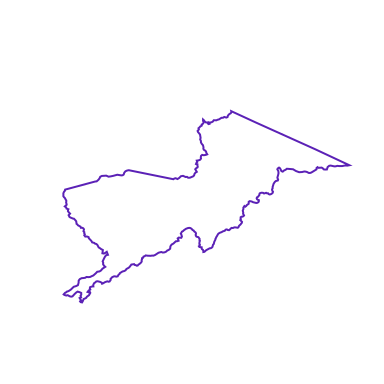 Curionópolis, Pará, Brazil, rotated 249°
{"feature_id": "56859067B21950547487547", "entity_name": "Curionópolis", "entity_type": "district", "adm_level": 2, "iso_a3": "BRA", "parent_name": "Brazil", "parent_adm1": "Pará", "projection": "natural_earth1", "projection_center": [-49.678, -6.25], "detail": "fine", "context": "isolated", "style": "outline", "palette": "violet", "viewbox_px": 384, "rotation_deg": 249, "n_neighbors": 0, "source": "geoboundaries", "source_scale": "gbopen_adm2", "svg_char_len": 6006}
<svg xmlns="http://www.w3.org/2000/svg" viewBox="0 0 384 384"><g transform="rotate(249 192 192)"><path d="M160.6,348.5L187.6,322.5L234.2,276.3L253.4,257.6L252.3,257.4L251.6,256.3L251.4,254.9L250.9,253.7L250.2,252.7L249.2,252.0L249.2,250.7L250.5,249.0L250.2,247.6L250.7,246.1L250.1,243.1L250.3,241.8L250.2,240.4L251.2,238.0L250.3,236.7L250.1,235.3L250.4,233.6L249.3,232.9L249.5,231.7L250.5,231.4L251.3,231.9L251.5,230.9L252.0,229.9L253.1,229.2L254.5,228.9L255.7,228.3L254.5,227.8L253.1,227.9L252.1,227.2L251.7,226.3L251.5,225.2L250.5,224.9L250.2,223.1L249.6,222.1L249.2,220.9L247.9,220.8L247.0,219.1L245.9,219.1L242.8,220.1L239.4,219.4L238.2,218.5L236.4,218.6L235.0,218.1L233.0,218.5L231.8,219.0L230.7,218.9L229.5,218.7L228.3,218.1L227.2,218.2L225.7,219.3L224.5,219.6L223.4,219.4L221.7,219.7L221.7,218.2L222.1,216.2L223.0,214.8L222.5,213.4L221.2,212.6L220.0,212.4L219.2,211.2L219.2,209.3L219.6,207.7L218.1,207.6L217.6,206.6L216.7,205.8L215.9,207.0L214.7,206.5L213.8,206.5L213.0,206.0L212.7,204.4L212.1,203.2L209.1,203.7L208.8,202.1L207.9,200.7L206.7,199.9L206.2,198.6L206.1,195.2L206.7,193.5L207.9,192.8L208.3,191.4L210.3,189.4L210.7,187.3L209.7,185.1L209.3,183.1L210.7,181.7L210.9,180.3L210.6,179.2L235.0,140.8L235.3,139.1L235.2,137.3L234.3,135.7L232.8,134.5L232.5,133.3L232.8,132.0L234.9,128.4L235.3,124.3L235.7,121.8L236.2,119.6L238.0,117.8L239.3,113.6L239.1,111.8L238.0,110.7L237.0,109.2L236.1,106.8L236.5,105.3L239.7,74.4L238.7,73.8L238.3,72.9L237.4,71.9L236.6,71.3L235.3,70.9L234.3,70.4L233.2,70.6L232.1,71.1L231.2,71.3L230.3,71.3L229.2,71.6L228.1,71.2L227.3,70.7L225.9,70.6L225.0,70.4L224.1,68.1L222.7,69.0L221.5,68.9L220.2,70.4L219.5,69.8L218.6,69.3L217.2,69.7L215.5,70.4L214.6,68.5L212.5,68.7L211.5,69.6L209.8,71.4L209.4,72.2L207.2,73.1L206.1,73.4L203.6,72.8L202.9,73.3L201.8,73.6L199.6,75.5L198.4,75.4L197.9,76.7L197.1,77.5L195.9,77.8L194.2,76.6L193.1,77.1L192.1,76.6L190.9,76.8L190.2,75.9L188.6,76.4L188.3,77.5L187.7,78.5L186.9,79.3L185.8,79.1L182.7,80.4L181.6,80.7L180.8,80.7L179.5,82.5L178.6,82.9L177.7,84.1L176.5,84.7L173.7,85.0L172.6,85.9L171.4,86.6L169.8,88.0L166.9,86.4L166.1,87.7L166.2,89.0L166.7,91.0L163.5,91.0L163.8,89.4L162.9,87.7L161.7,86.3L159.2,83.7L158.0,83.8L156.3,83.1L154.6,83.5L153.2,84.2L152.5,81.0L151.3,78.8L151.0,77.2L151.5,74.9L150.6,73.1L149.4,69.9L149.4,68.8L149.2,66.4L149.6,64.9L150.5,63.0L150.2,61.7L150.5,60.1L151.1,58.1L150.9,56.1L150.4,55.2L149.8,54.4L147.9,53.6L145.9,52.1L145.7,50.1L145.9,47.6L144.3,43.9L143.9,42.1L143.7,40.9L143.9,39.7L143.5,38.8L143.4,37.5L142.4,35.5L141.6,36.0L140.4,37.5L140.2,39.0L138.4,40.5L137.6,41.7L137.4,43.0L138.9,46.0L139.7,48.0L140.0,49.5L138.7,51.2L137.5,52.4L135.8,51.8L135.0,50.7L133.4,50.7L133.3,49.1L130.7,49.6L130.0,48.3L129.1,48.6L128.3,49.8L129.5,51.2L130.9,52.4L130.9,53.6L131.1,55.3L131.9,56.3L132.6,58.9L134.3,60.9L135.3,60.8L135.3,59.7L136.1,58.7L137.1,60.3L137.4,62.1L138.8,62.1L139.7,62.8L139.6,64.9L139.2,66.1L140.6,66.5L141.9,67.8L142.2,69.1L142.8,70.6L142.5,71.9L141.1,73.9L139.6,75.3L138.6,75.2L138.6,76.2L139.0,78.3L139.0,80.0L138.9,81.0L138.1,82.0L138.0,83.0L139.1,84.6L140.0,84.8L141.1,87.0L141.2,88.9L140.9,89.8L140.1,91.0L139.9,92.4L141.1,93.8L141.4,94.9L142.1,95.6L142.7,98.6L142.5,100.4L142.7,101.9L143.6,103.2L144.0,105.9L144.6,107.2L146.0,109.4L145.4,112.1L144.5,112.3L143.9,113.3L143.0,114.0L142.8,114.9L143.4,115.9L143.6,117.1L144.5,119.4L145.4,120.3L146.4,120.5L147.2,121.3L148.1,121.6L148.1,122.6L149.1,123.6L149.0,124.8L149.4,126.0L148.3,128.0L147.2,130.7L147.0,131.8L146.4,133.2L146.4,134.9L147.3,139.0L147.0,141.8L145.9,143.1L145.5,144.8L145.6,146.5L146.3,148.1L146.2,149.3L146.9,151.3L148.9,152.3L149.6,153.1L150.3,154.4L150.5,156.1L151.8,159.3L151.4,160.3L151.3,162.0L152.3,162.1L153.8,162.0L154.2,163.3L153.6,164.4L153.1,165.6L154.0,166.6L156.1,166.8L157.1,166.6L158.6,168.4L158.7,169.6L159.2,170.7L159.8,173.1L159.8,175.3L159.5,176.6L158.9,177.6L158.1,178.2L157.1,178.7L156.3,178.9L155.5,179.7L154.5,179.9L152.8,180.9L151.6,180.8L150.8,180.1L149.8,179.9L148.7,180.2L147.5,181.8L145.4,182.3L144.4,181.7L143.6,181.9L142.7,181.1L140.8,180.2L140.0,180.5L139.2,180.0L138.9,179.0L138.0,179.2L136.9,181.2L136.1,180.8L135.1,180.8L134.0,181.5L133.0,181.5L131.9,181.1L131.7,182.2L132.6,184.4L133.1,188.3L132.8,189.3L132.9,190.3L133.4,191.4L135.2,192.7L135.7,193.7L137.6,195.0L139.2,196.8L140.0,197.2L140.6,198.0L141.3,198.6L141.9,199.5L143.2,201.0L143.7,201.9L144.0,203.9L143.9,205.2L144.2,206.6L144.1,207.8L144.1,208.8L144.6,209.5L144.8,210.5L144.4,211.3L143.7,211.8L143.1,212.9L143.4,213.9L144.0,215.1L144.3,216.1L143.7,217.3L143.8,218.7L143.4,219.9L142.2,221.9L142.6,222.9L143.4,223.6L143.9,224.6L144.3,225.7L144.9,226.6L145.4,227.5L146.2,228.0L148.5,227.0L149.1,227.9L150.0,227.9L151.0,228.4L151.2,229.3L150.9,230.3L151.0,231.4L151.5,232.2L152.5,232.0L153.4,231.9L154.2,232.4L156.4,232.7L157.8,234.0L158.8,234.2L159.5,235.0L160.1,235.9L159.2,236.4L159.5,237.6L160.1,238.4L160.7,240.7L162.5,241.4L162.8,242.5L162.3,243.5L161.5,244.6L160.7,245.2L158.7,248.1L158.5,249.3L158.8,250.5L159.6,251.2L160.5,251.5L161.2,250.6L162.1,250.1L163.0,250.1L163.7,250.7L163.8,251.7L165.0,253.8L165.8,254.1L166.5,254.8L166.5,256.0L166.3,257.0L165.6,258.2L164.8,258.7L164.7,259.9L164.7,260.9L163.9,261.5L163.6,262.5L162.6,262.8L161.8,263.7L161.7,265.0L161.9,266.0L162.3,267.0L163.2,267.7L164.5,267.4L165.8,267.7L166.7,268.7L167.7,269.0L170.5,271.2L171.7,272.9L172.2,274.2L172.0,276.3L172.8,276.9L174.0,276.8L174.9,276.9L177.0,278.5L178.7,279.6L180.7,280.1L182.6,279.8L183.2,280.4L183.6,282.0L182.5,282.7L179.4,283.0L178.5,284.0L179.1,285.6L179.2,287.3L179.7,288.9L178.9,290.6L177.0,294.5L174.3,296.6L172.1,299.1L171.2,301.9L170.9,304.2L170.3,305.4L169.5,306.5L168.0,307.8L167.5,308.9L167.4,310.1L167.6,311.5L168.5,316.3L169.8,316.9L170.2,318.1L169.3,318.6L168.3,321.8L167.1,322.7L166.0,323.0L165.3,324.2L164.7,326.0L166.7,327.6L167.3,329.5L167.0,330.9L164.9,334.1L164.5,335.3L164.3,337.1L163.5,338.6L162.4,341.4L162.0,343.9L161.5,345.4L161.0,346.3L160.6,348.5Z" fill="none" stroke="#5b21b6" stroke-width="2"/></g></svg>